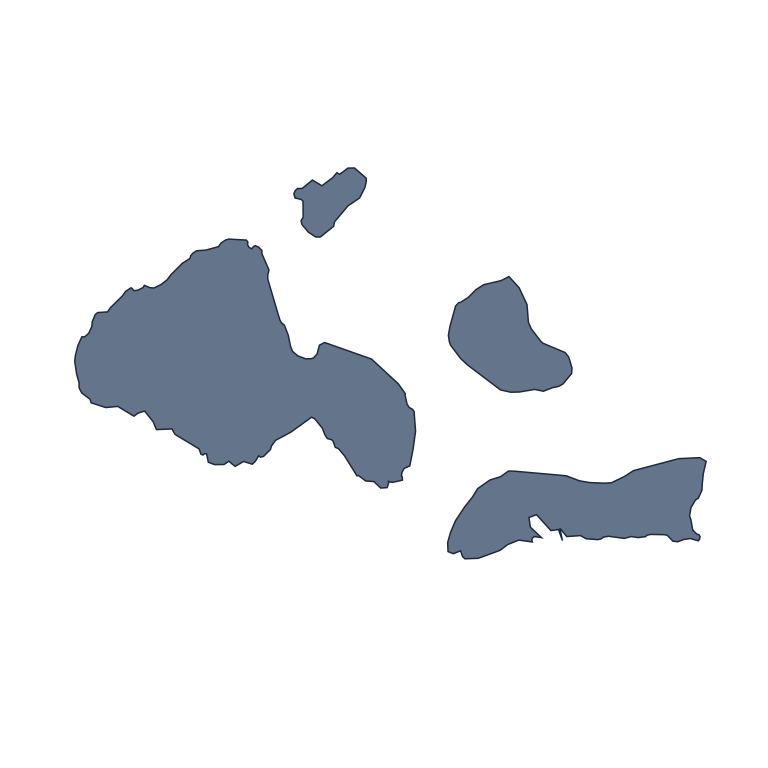 Maui, Hawaii, United States of America (Equal Earth projection), rotated 168°
{"feature_id": "52423323B70973006487009", "entity_name": "Maui", "entity_type": "district", "adm_level": 2, "iso_a3": "USA", "parent_name": "United States of America", "parent_adm1": "Hawaii", "projection": "equal_earth", "projection_center": [-156.639, 20.866], "detail": "fine", "context": "isolated", "style": "filled", "palette": "slate", "viewbox_px": 768, "rotation_deg": 168, "n_neighbors": 0, "source": "geoboundaries", "source_scale": "gbopen_adm2", "svg_char_len": 3541}
<svg xmlns="http://www.w3.org/2000/svg" viewBox="0 0 768 768"><g transform="rotate(168 384 384)"><path d="M360.3,350.8L361.4,353.4L364.2,355.8L365.6,359.5L365.7,368.9L365.2,370.1L369.9,381.1L391.0,411.0L433.4,436.9L439.1,435.4L443.2,427.3L447.7,424.1L449.7,423.9L455.2,424.8L462.4,429.4L466.7,434.9L467.3,438.7L467.6,440.4L467.5,451.7L469.2,462.2L471.7,465.4L472.6,468.9L473.6,481.5L475.9,511.0L474.9,515.1L472.8,519.4L476.3,536.6L475.7,540.1L478.3,544.1L481.2,546.1L483.1,545.6L485.2,543.7L487.6,545.7L487.9,546.6L488.5,548.5L487.7,551.2L488.7,553.4L505.7,558.0L508.9,557.8L513.9,555.9L517.4,552.8L530.4,552.0L539.6,553.3L543.7,551.7L546.2,549.8L547.8,547.1L556.2,544.0L564.9,538.3L569.6,535.3L574.5,531.0L581.3,527.7L589.1,525.7L592.9,526.9L597.9,530.3L599.6,528.4L605.4,527.0L609.3,527.3L610.9,530.4L611.8,530.6L617.5,528.3L621.6,524.5L635.8,515.5L639.4,512.0L649.2,513.4L652.0,512.0L656.4,505.6L657.9,500.9L662.3,495.0L667.1,492.3L669.7,493.0L675.3,485.5L679.9,476.1L681.8,470.6L682.6,457.6L682.0,448.9L683.0,443.5L681.5,438.0L674.7,430.2L674.4,426.5L661.0,418.8L649.0,417.4L635.3,404.5L630.8,406.6L623.8,407.3L617.6,395.1L616.1,386.7L600.7,384.1L599.1,378.7L597.9,377.2L578.4,359.0L577.6,353.3L575.8,352.2L573.7,353.2L572.1,352.5L572.1,344.0L566.5,340.4L557.2,338.5L551.8,340.7L546.8,334.4L537.4,337.4L529.5,332.9L525.8,335.2L521.5,339.8L520.0,338.1L516.9,338.2L508.7,343.5L507.1,346.6L501.8,351.4L498.1,352.5L485.3,356.2L472.8,361.7L461.8,366.6L459.3,364.6L459.0,364.4L453.5,353.6L452.3,346.3L450.7,342.4L446.9,340.4L445.7,338.9L444.9,332.3L442.0,330.2L437.7,322.3L429.5,299.7L428.0,299.8L422.1,293.0L414.1,290.6L412.1,287.6L408.8,282.9L402.5,282.0L399.9,286.3L399.9,287.8L396.5,286.0L386.0,286.1L385.4,289.3L386.1,290.7L384.6,294.1L381.7,297.3L375.8,298.5L368.9,314.7L362.9,331.4L360.3,350.8ZM218.5,190.6L207.1,187.3L203.6,187.4L201.2,188.6L196.1,188.4L181.0,183.0L174.0,183.4L167.3,180.9L159.9,180.3L158.4,181.4L154.3,181.4L141.5,178.4L138.4,177.2L134.1,170.2L129.6,168.6L123.1,169.6L116.3,169.1L109.3,165.3L107.7,166.3L106.6,169.2L107.3,171.1L109.4,172.3L112.4,177.1L112.0,187.3L112.6,191.3L109.4,199.3L103.5,205.7L100.2,207.0L95.1,214.0L93.3,220.6L90.4,229.7L85.0,241.3L90.4,246.3L111.2,249.7L157.9,247.4L167.9,243.6L182.0,240.1L188.7,241.1L203.2,244.8L210.6,247.7L213.3,248.9L224.8,256.3L245.8,262.8L266.1,269.0L273.7,271.4L280.4,273.0L289.2,269.1L300.2,268.1L314.2,262.2L321.0,255.0L330.7,247.0L342.5,235.4L349.9,224.8L354.7,215.7L356.2,206.8L351.5,203.6L343.8,204.9L343.0,198.7L341.2,196.2L328.1,193.9L305.3,197.1L296.5,201.2L284.6,203.3L271.7,198.6L271.9,200.2L271.0,202.4L268.6,203.5L261.9,201.0L270.6,213.5L270.0,223.2L262.0,224.5L251.2,205.9L243.6,205.4L242.0,193.8L242.0,206.4L237.0,196.8L223.2,194.8L218.5,190.6ZM196.8,360.6L197.4,369.0L198.0,372.6L200.3,377.1L220.0,390.8L222.1,393.8L228.6,407.7L229.9,414.4L227.6,431.9L231.8,450.0L239.4,463.1L247.9,460.8L265.9,460.4L274.4,457.2L283.6,451.2L291.9,448.0L294.2,447.9L297.8,445.3L307.3,427.1L310.9,418.3L311.3,411.5L310.8,408.1L303.8,393.1L298.4,385.3L271.3,354.0L261.7,349.6L253.1,348.0L237.8,347.4L229.6,343.8L220.5,345.3L213.4,345.4L208.8,346.9L198.3,355.2L196.8,360.6ZM359.2,585.9L358.6,589.0L367.9,601.4L374.3,602.7L383.9,598.3L386.2,600.5L391.3,596.5L403.6,590.8L411.6,598.4L423.4,592.3L427.9,593.2L430.6,591.7L432.6,588.8L432.4,584.5L426.6,581.7L425.2,579.7L428.4,564.0L431.2,560.9L431.1,557.0L426.3,548.1L420.2,542.0L415.8,541.0L400.5,548.7L398.8,552.8L382.1,565.8L369.2,571.0L361.7,580.3L359.2,585.9Z" fill="#64748b" stroke="#1e293b" stroke-width="1.5"/></g></svg>